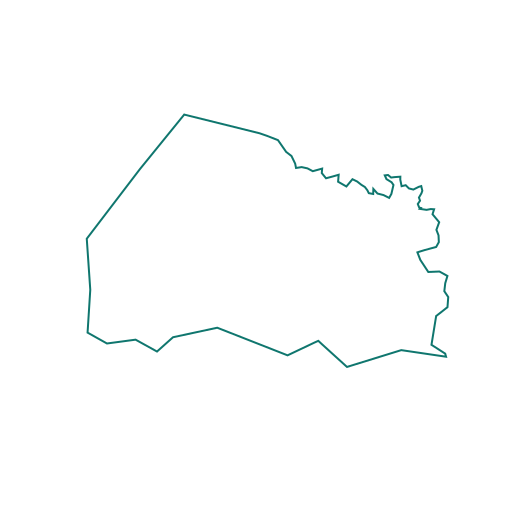 outline of Prodromos, Limassol, Cyprus, rotated 161°
{"feature_id": "46923920B98027274142327", "entity_name": "Prodromos", "entity_type": "district", "adm_level": 2, "iso_a3": "CYP", "parent_name": "Cyprus", "parent_adm1": "Limassol", "projection": "natural_earth1", "projection_center": [32.829, 34.941], "detail": "fine", "context": "isolated", "style": "outline", "palette": "teal", "viewbox_px": 512, "rotation_deg": 161, "n_neighbors": 0, "source": "geoboundaries", "source_scale": "gbopen_adm2", "svg_char_len": 1282}
<svg xmlns="http://www.w3.org/2000/svg" viewBox="0 0 512 512"><g transform="rotate(161 256 256)"><path d="M380.7,197.9L360.9,206.2L316.0,200.8L258.5,151.8L229.1,155.1L224.7,155.5L222.3,151.0L206.1,121.5L149.3,119.7L109.1,98.9L108.9,102.1L119.0,114.9L105.2,140.6L99.3,142.6L91.6,145.3L87.6,154.6L89.4,161.4L85.9,168.7L81.5,174.8L87.6,181.6L98.3,184.8L101.9,198.8L102.2,206.9L100.8,206.9L94.8,206.7L82.7,205.9L78.6,209.6L76.7,216.1L76.9,222.0L71.8,228.3L75.5,238.0L72.4,242.2L75.5,243.5L79.7,244.1L85.7,247.2L84.6,247.8L85.9,248.6L86.1,252.5L82.9,254.9L82.9,258.2L79.2,261.4L77.5,263.5L77.0,268.3L79.6,268.4L85.6,267.6L89.4,270.1L91.4,274.2L95.6,274.6L94.7,281.3L93.7,284.0L99.4,285.5L102.7,286.2L104.8,289.6L108.0,290.3L107.6,286.2L103.8,281.6L102.9,278.4L107.8,270.6L111.2,267.6L115.6,272.1L120.8,275.5L123.2,281.2L125.0,276.5L128.9,278.7L129.3,281.9L130.6,285.8L133.2,289.0L136.1,293.5L139.8,297.2L147.9,292.3L154.2,299.5L151.4,305.9L157.4,306.2L164.5,306.7L166.8,313.0L165.0,317.1L174.7,317.7L178.8,322.1L183.9,325.2L189.5,326.2L188.9,330.6L189.9,339.0L193.6,344.6L197.5,358.4L206.7,366.2L212.7,370.9L277.4,412.8L277.8,413.1L337.4,376.0L408.8,328.5L410.4,327.4L423.7,278.0L440.2,238.4L425.4,221.8L397.1,216.1L380.7,197.9Z" fill="none" stroke="#0f766e" stroke-width="2"/></g></svg>